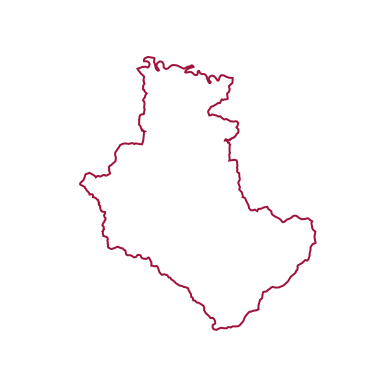 Bolívar, Valle del Cauca, Colombia (Robinson projection), rotated 249°
{"feature_id": "7082276B19709317443254", "entity_name": "Bolívar", "entity_type": "district", "adm_level": 2, "iso_a3": "COL", "parent_name": "Colombia", "parent_adm1": "Valle del Cauca", "projection": "robinson", "projection_center": [-76.334, 4.364], "detail": "fine", "context": "isolated", "style": "outline", "palette": "rose", "viewbox_px": 384, "rotation_deg": 249, "n_neighbors": 0, "source": "geoboundaries", "source_scale": "gbopen_adm2", "svg_char_len": 6029}
<svg xmlns="http://www.w3.org/2000/svg" viewBox="0 0 384 384"><g transform="rotate(249 192 192)"><path d="M246.7,103.1L246.6,101.8L246.7,99.0L243.4,96.3L242.0,94.8L240.3,90.8L239.3,90.3L238.7,90.5L235.2,93.7L234.2,93.5L233.3,94.0L231.0,94.3L228.2,95.6L226.5,95.4L226.1,95.9L226.3,96.6L225.5,98.1L224.3,98.4L222.7,97.6L222.2,98.7L220.6,100.1L219.0,100.6L218.2,101.5L216.7,101.2L215.3,101.6L215.0,100.9L214.0,100.6L213.5,100.9L212.7,100.6L211.7,101.3L210.0,100.5L207.2,100.4L206.7,100.9L206.0,101.0L204.6,103.4L204.2,103.7L203.2,103.3L202.2,101.9L201.5,101.5L199.5,101.4L198.6,101.9L198.1,101.7L196.7,100.9L196.2,99.7L195.5,99.5L195.2,98.5L193.0,96.4L191.1,97.0L189.7,96.7L189.2,96.2L188.6,96.4L188.3,95.5L187.4,95.0L187.3,94.3L186.6,94.5L185.6,93.9L182.6,93.5L181.5,95.2L179.9,96.5L179.1,96.7L178.2,96.5L177.2,95.7L175.5,95.5L174.3,94.8L172.5,94.8L171.4,94.0L170.2,94.0L168.6,95.2L167.6,96.5L167.4,99.4L167.6,102.9L165.2,105.4L164.2,107.1L162.9,107.4L161.3,108.8L157.7,108.2L156.9,108.4L156.0,109.3L154.9,112.2L151.6,114.6L151.4,116.5L152.3,117.7L152.7,119.0L151.3,121.3L148.8,121.3L147.4,122.5L146.0,125.1L145.9,125.8L146.5,127.6L146.0,128.3L140.7,128.9L137.8,127.6L137.0,129.2L136.1,130.2L135.6,132.4L135.1,132.8L133.2,133.1L128.7,132.9L125.8,133.9L125.3,135.0L125.2,136.7L123.8,138.2L123.6,138.7L122.6,139.3L120.6,139.6L119.7,141.0L117.8,141.3L116.6,142.4L112.7,144.3L110.3,145.9L108.9,147.2L107.5,149.4L106.4,150.2L104.9,152.6L103.5,153.8L101.5,153.7L97.0,154.4L94.3,153.7L93.5,154.4L92.5,154.8L91.2,154.3L90.2,154.4L89.5,155.9L87.3,156.7L86.4,158.2L83.9,160.4L81.2,162.0L79.8,162.0L77.3,160.9L73.9,161.5L69.7,163.6L67.8,164.0L66.9,166.4L66.0,166.6L65.1,167.2L63.1,167.2L61.2,166.7L60.7,165.9L60.4,163.7L58.3,162.7L56.6,162.9L55.9,163.4L54.6,165.2L54.9,169.5L54.7,170.6L52.6,174.6L52.5,176.1L52.9,177.3L52.4,178.6L51.6,179.7L52.0,181.6L50.1,186.8L50.4,188.6L53.0,193.5L56.4,196.7L59.3,201.7L59.5,203.2L59.1,204.3L59.2,207.0L58.8,208.0L58.5,210.1L58.6,212.1L59.5,212.2L63.2,214.0L66.9,216.9L67.8,219.5L71.7,221.5L72.9,222.4L73.1,223.6L72.5,225.5L72.6,226.4L73.4,228.0L73.7,230.0L74.5,231.7L74.5,233.3L73.0,235.4L71.8,238.7L71.9,243.8L74.1,249.5L77.4,253.7L79.4,259.5L79.9,260.1L80.9,260.6L81.4,262.3L83.7,263.7L84.8,263.8L85.6,264.6L86.2,269.3L87.9,273.4L86.8,274.8L86.8,275.3L87.6,276.7L90.8,279.3L92.2,279.6L95.2,281.8L98.0,282.9L100.0,285.8L100.2,289.1L106.4,290.3L110.8,293.0L112.9,291.7L114.7,291.3L119.6,292.2L120.8,292.8L121.6,293.7L123.4,292.3L125.4,291.3L126.1,290.4L126.2,288.5L127.3,284.5L129.4,282.7L132.3,280.9L133.2,279.2L133.2,277.2L132.2,274.9L132.2,270.7L131.0,267.5L131.2,266.1L131.8,265.6L134.1,264.9L136.5,263.5L139.4,260.7L141.8,259.1L143.3,258.6L145.6,259.1L148.6,257.3L151.2,256.9L151.9,253.1L151.6,250.4L152.5,248.1L150.8,246.0L153.0,244.4L153.0,242.7L153.8,240.5L154.8,239.9L156.7,239.5L159.0,240.0L164.6,239.4L166.9,239.4L167.8,239.0L169.0,237.5L169.4,237.9L173.9,238.4L177.3,237.0L179.2,238.4L183.9,238.5L184.5,238.8L186.0,240.7L187.3,241.4L189.5,241.7L192.7,242.8L194.0,241.6L195.3,241.5L196.9,242.6L198.6,242.6L199.9,243.7L204.5,244.9L205.6,244.9L206.8,243.2L208.0,238.1L208.9,238.8L213.6,240.2L215.1,241.6L215.8,241.4L221.8,243.7L222.4,244.6L223.4,244.2L224.5,244.3L224.9,243.5L225.4,243.2L226.7,243.6L227.4,242.6L227.8,242.6L228.2,241.2L228.9,241.8L229.1,242.5L228.3,243.1L227.0,245.4L227.4,245.5L227.6,246.7L227.4,246.8L227.7,247.2L227.5,247.6L228.1,248.9L227.7,250.1L228.3,251.5L228.2,252.0L230.3,254.6L230.5,255.9L231.6,257.0L233.7,257.7L236.4,256.7L237.1,257.9L239.8,259.9L241.8,259.1L242.5,257.8L242.7,256.2L243.8,254.3L243.9,253.6L247.7,250.4L248.2,248.0L250.7,246.3L252.7,245.4L253.1,243.4L254.5,242.5L256.7,239.3L257.2,238.2L256.9,236.8L257.3,235.6L261.0,235.7L262.1,236.5L263.4,238.7L264.7,240.3L264.7,242.7L265.0,245.5L265.8,248.1L265.1,249.3L265.1,250.1L267.7,252.8L267.7,253.2L266.8,253.9L266.8,255.3L266.1,257.8L266.3,258.8L271.0,259.9L271.7,260.8L272.5,262.8L273.7,263.4L274.4,264.1L276.3,264.1L277.8,264.6L279.3,268.9L283.8,270.8L285.5,267.4L287.2,265.4L289.5,263.4L290.5,261.3L290.1,260.0L289.0,258.7L287.1,257.3L286.6,256.3L287.5,255.6L290.2,255.0L292.2,254.0L293.2,252.9L293.6,251.7L293.5,250.5L292.3,248.5L291.4,248.0L290.3,248.0L287.8,248.8L287.3,248.2L287.5,247.4L288.5,246.9L292.0,246.7L294.3,247.1L296.1,246.8L297.6,245.8L298.4,243.9L299.3,242.7L300.4,242.1L302.4,242.0L302.7,241.4L302.2,240.5L300.0,239.4L299.6,238.5L299.8,237.3L300.7,236.2L303.1,235.2L304.2,234.2L304.9,233.0L305.4,230.2L305.7,229.0L306.1,228.6L307.3,229.3L308.3,231.7L308.6,234.3L308.2,238.2L308.9,238.3L309.9,237.7L310.4,236.8L310.1,235.6L310.5,232.1L309.9,229.3L310.1,228.5L315.4,223.5L317.4,220.0L317.4,217.6L316.0,213.7L316.1,212.1L316.4,211.5L317.6,210.6L318.6,210.3L321.6,211.2L323.6,211.0L325.0,209.8L325.4,208.7L324.9,206.0L323.4,204.5L321.6,203.9L317.8,204.9L317.4,204.5L317.4,203.8L318.9,202.8L321.0,202.6L324.7,203.2L326.8,203.1L330.2,204.8L330.7,204.7L333.8,199.4L333.9,198.1L333.7,195.9L332.7,194.5L331.3,194.1L330.0,197.0L328.7,198.0L327.8,198.3L326.4,198.2L324.6,196.6L324.0,195.4L325.6,193.5L326.5,190.6L326.6,185.3L323.9,185.8L320.7,186.9L316.9,188.7L313.5,186.6L312.9,186.9L311.7,186.3L310.9,186.6L310.1,186.4L309.3,185.2L308.0,184.0L306.4,183.7L305.4,183.0L304.2,184.0L302.7,183.8L300.2,185.0L298.9,183.0L297.2,181.9L296.3,180.1L295.2,179.3L294.8,179.1L293.5,179.8L291.9,179.5L287.8,177.5L285.8,177.3L283.5,175.7L282.8,175.5L282.0,174.8L282.4,173.6L282.5,172.0L282.1,170.8L281.5,170.2L278.9,169.0L278.4,168.4L277.6,168.3L273.8,166.7L271.8,167.5L270.4,167.3L268.4,167.4L268.2,167.9L267.4,168.2L267.4,167.3L267.1,167.3L265.4,169.7L265.1,168.7L257.6,165.0L254.5,162.5L254.9,161.3L257.6,156.8L257.4,155.3L258.3,154.7L259.1,153.6L259.6,150.2L261.4,146.8L261.8,144.5L261.5,141.6L260.5,140.5L256.3,134.5L254.8,133.7L251.0,133.1L248.2,131.6L246.0,125.9L245.9,124.6L245.1,123.3L243.1,123.0L241.9,122.2L239.0,122.4L238.4,121.6L238.0,118.7L238.2,117.2L239.6,116.0L239.3,111.9L240.8,109.9L240.7,108.9L240.1,107.5L242.2,106.9L246.7,103.1Z" fill="none" stroke="#9f1239" stroke-width="2"/></g></svg>